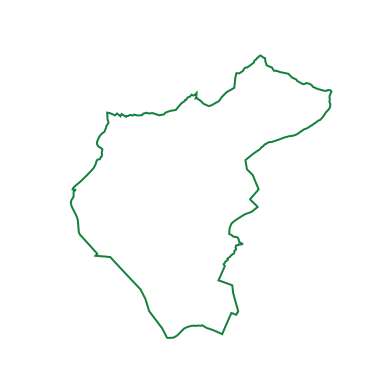 outline of Stefanesti, Arges, Romania, rotated 12°
{"feature_id": "2599482B40982611727809", "entity_name": "Stefanesti", "entity_type": "district", "adm_level": 2, "iso_a3": "ROU", "parent_name": "Romania", "parent_adm1": "Arges", "projection": "natural_earth1", "projection_center": [24.947, 44.876], "detail": "fine", "context": "isolated", "style": "outline", "palette": "green", "viewbox_px": 384, "rotation_deg": 12, "n_neighbors": 0, "source": "geoboundaries", "source_scale": "gbopen_adm2", "svg_char_len": 5859}
<svg xmlns="http://www.w3.org/2000/svg" viewBox="0 0 384 384"><g transform="rotate(12 192 192)"><path d="M251.1,324.8L252.7,316.3L253.7,311.5L253.7,311.4L255.7,302.1L258.2,302.5L259.9,302.8L260.9,302.8L261.2,301.9L261.5,300.4L262.1,299.5L261.3,297.6L256.7,289.0L253.6,282.8L253.0,281.8L252.9,281.2L250.8,274.9L246.1,274.2L242.6,273.7L236.3,272.9L237.5,267.5L238.0,264.9L238.7,261.7L239.2,259.1L239.5,257.5L238.2,256.5L238.0,256.3L237.9,256.0L238.0,255.9L238.3,255.6L239.3,252.9L239.5,252.8L241.2,250.9L240.8,250.2L240.8,249.8L240.6,249.7L242.8,247.3L243.1,246.5L243.4,245.8L243.7,245.5L243.8,245.4L244.3,244.8L244.5,244.5L244.9,244.2L245.2,244.1L245.6,243.8L245.9,243.3L246.0,242.8L246.0,242.6L245.9,242.4L245.9,242.1L245.9,241.9L245.8,241.3L245.9,240.9L245.8,240.5L246.1,240.2L247.0,239.2L247.0,238.9L246.9,238.5L246.7,238.1L246.3,237.7L246.1,237.3L246.1,237.0L246.2,236.5L246.3,235.8L246.1,235.2L246.9,234.9L248.4,234.4L248.5,234.2L248.4,233.7L248.2,233.7L247.7,233.2L247.8,233.3L248.2,233.3L248.7,233.5L249.2,233.5L250.1,233.3L250.7,233.2L251.5,232.9L251.9,232.6L252.1,232.3L252.0,232.2L251.8,232.1L251.5,232.0L251.2,231.9L250.6,231.8L250.0,231.6L249.5,231.4L249.2,231.3L248.8,231.0L248.5,230.6L248.4,230.4L247.9,229.9L247.8,229.6L247.7,229.4L247.6,229.2L247.6,228.9L247.5,228.7L247.4,228.5L247.2,228.2L246.8,227.8L246.2,227.3L245.9,227.0L245.2,226.8L244.9,226.9L243.3,226.9L241.6,227.0L241.3,227.0L241.1,226.9L240.8,226.7L240.5,226.3L239.9,226.0L239.3,225.8L238.6,225.6L238.1,225.5L237.4,225.5L237.2,225.4L237.0,224.7L236.9,224.0L236.8,222.9L236.4,220.5L236.4,219.9L236.4,219.3L236.8,216.6L236.9,215.9L237.1,215.3L237.2,214.7L237.6,214.2L237.8,213.7L238.2,213.1L239.0,212.2L240.1,211.0L240.8,210.2L242.1,208.9L244.0,207.0L245.1,205.9L246.8,204.3L248.0,203.2L248.6,202.6L248.8,202.5L249.9,201.8L251.6,200.8L252.8,200.1L254.2,199.1L254.7,198.7L257.1,195.7L257.8,194.9L259.3,193.0L258.3,192.2L254.3,189.7L252.0,188.2L250.6,187.3L250.4,187.1L250.3,186.9L253.0,182.1L255.0,178.5L255.5,177.6L256.1,176.6L256.5,175.9L256.5,175.7L256.5,175.3L256.3,175.1L255.5,173.8L254.9,173.0L253.4,170.8L252.9,170.2L251.5,168.0L250.4,166.5L250.1,166.1L249.1,164.6L248.3,163.3L248.1,163.0L247.7,162.7L246.7,162.0L244.0,160.3L241.2,158.5L241.0,158.3L240.9,158.1L240.7,157.6L239.9,155.5L238.4,151.7L237.8,150.0L237.7,149.7L238.8,148.2L243.5,142.4L245.7,140.0L248.7,136.9L249.6,136.0L250.7,133.7L251.7,132.9L252.4,131.8L253.4,130.2L254.9,129.2L255.5,128.4L256.6,127.5L257.1,127.3L257.9,126.9L258.8,126.8L259.7,126.5L260.8,125.8L262.6,124.7L264.5,123.6L265.5,123.1L267.1,122.0L269.3,120.6L270.8,119.6L271.6,119.2L273.4,118.4L274.7,117.5L276.2,117.0L278.5,116.2L281.0,114.9L283.0,113.4L285.0,111.2L287.3,108.8L288.6,107.4L290.7,106.2L292.1,105.0L293.6,103.5L295.5,101.7L297.2,99.8L298.8,98.2L300.6,96.0L302.5,94.7L304.3,91.6L306.5,86.1L308.0,83.8L309.3,80.9L309.2,79.6L309.2,77.9L308.5,76.2L307.7,75.3L307.7,74.2L307.6,73.4L307.2,71.7L306.8,70.7L306.6,69.2L307.0,67.8L307.2,66.0L307.4,64.6L305.7,63.6L303.5,64.2L302.5,65.1L299.9,65.5L292.9,65.0L288.4,64.0L287.0,62.7L284.8,61.8L281.4,61.6L278.9,63.4L276.8,63.1L271.9,61.5L270.6,60.3L266.0,59.2L261.7,56.3L252.9,56.4L250.9,56.0L248.7,56.0L247.8,56.3L246.9,56.3L244.0,53.4L241.3,53.2L238.5,52.4L237.9,51.0L236.8,49.5L235.6,45.9L233.9,45.7L230.6,44.2L229.1,45.7L228.7,46.7L227.7,47.6L227.2,49.0L225.6,50.7L225.7,52.3L223.6,54.9L220.2,58.6L218.2,59.3L217.5,60.3L216.5,63.2L213.7,66.0L210.7,66.6L210.6,70.9L211.7,81.3L207.4,85.1L204.8,87.5L201.2,93.3L199.6,97.3L193.1,103.1L190.5,104.5L184.9,103.3L182.4,101.6L180.1,100.3L178.8,100.1L177.7,99.2L176.1,99.7L176.4,98.3L175.9,94.3L174.4,96.7L173.2,97.4L171.4,96.9L170.1,99.2L168.1,100.5L167.0,103.1L166.2,103.3L165.8,104.7L163.3,107.3L160.5,112.3L159.2,115.1L153.6,117.3L149.5,119.9L148.4,121.9L144.1,123.8L137.1,123.0L133.3,124.2L131.1,123.9L128.0,125.5L127.2,127.2L122.7,128.5L119.4,128.3L117.9,129.6L115.5,129.4L113.7,130.9L112.2,131.3L111.9,132.2L107.0,130.4L106.2,132.8L102.4,130.8L100.8,133.0L95.1,131.9L92.5,132.0L93.6,135.8L94.0,137.8L94.6,139.1L95.7,140.8L95.9,141.9L95.3,143.2L94.8,144.5L94.6,145.2L94.5,146.6L94.5,147.6L94.2,148.8L94.0,149.8L94.0,150.7L93.4,151.9L92.4,152.8L91.5,154.0L90.9,155.0L90.4,156.0L89.8,157.5L89.3,159.0L89.2,160.2L89.0,160.8L88.8,161.8L88.8,163.5L88.8,164.2L89.2,164.9L89.7,165.6L90.2,166.3L90.8,166.8L91.7,167.2L92.5,167.5L93.5,167.8L94.4,168.1L95.1,168.6L95.5,169.0L95.5,169.5L95.6,170.6L95.5,171.5L95.6,172.6L95.7,172.8L96.0,173.6L96.2,174.4L96.3,175.1L96.3,175.8L96.0,176.4L95.4,176.9L95.4,177.5L95.3,178.3L95.2,178.8L94.9,179.2L94.4,179.4L93.7,179.6L93.0,179.9L92.4,180.7L92.2,181.2L92.1,183.5L91.7,186.1L90.6,189.5L88.1,193.7L81.9,203.4L80.5,205.2L79.3,206.8L76.7,210.1L75.3,212.1L74.8,213.4L74.7,214.3L77.3,214.1L77.4,214.7L76.9,215.0L76.5,215.4L76.3,215.9L76.2,216.1L76.3,216.9L76.9,220.1L77.0,220.6L77.1,221.1L77.0,221.5L76.9,222.2L76.0,224.2L75.9,224.5L75.7,225.5L75.7,226.2L75.6,226.5L75.7,227.3L75.7,227.5L75.9,228.2L76.0,228.3L76.2,228.9L76.4,229.3L76.9,230.3L77.3,231.1L78.3,232.4L80.7,235.4L83.2,238.5L84.3,240.0L85.0,241.0L85.7,242.4L86.0,243.0L86.5,244.3L86.7,245.0L87.5,247.6L88.3,250.4L89.5,254.3L89.7,254.8L90.1,255.4L90.4,255.9L90.7,256.3L91.1,256.8L94.2,259.1L111.8,271.8L112.2,272.3L110.9,274.4L115.2,273.9L120.9,273.1L121.7,273.1L125.5,272.6L139.4,282.4L161.9,298.0L168.6,306.2L174.9,317.5L191.0,331.4L191.2,331.6L193.8,334.7L196.4,337.9L197.1,338.8L197.9,339.7L198.7,339.8L201.6,339.0L203.3,338.6L205.0,337.7L206.3,336.4L207.6,335.1L209.5,332.1L210.4,330.7L211.3,329.3L212.0,328.2L212.6,327.2L214.0,326.2L215.3,325.2L216.7,324.4L218.2,323.6L220.8,322.5L222.2,322.3L223.6,322.2L225.4,321.4L228.6,321.0L229.6,320.3L229.7,320.2L230.8,320.6L231.9,321.0L232.9,321.4L234.1,321.8L235.2,322.0L237.0,322.2L239.2,322.4L240.7,322.6L242.3,322.9L244.0,323.2L248.6,324.2L251.1,324.8Z" fill="none" stroke="#15803d" stroke-width="2"/></g></svg>